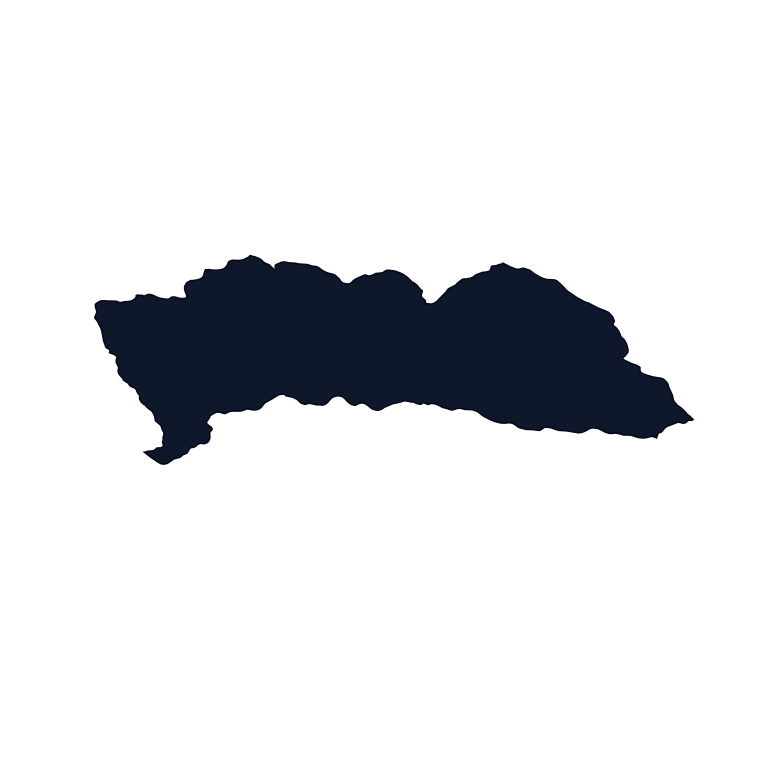 the district of Capitanejo, Santander, Colombia, rotated 295°
{"feature_id": "7082276B5259246085028", "entity_name": "Capitanejo", "entity_type": "district", "adm_level": 2, "iso_a3": "COL", "parent_name": "Colombia", "parent_adm1": "Santander", "projection": "equal_earth", "projection_center": [-72.675, 6.515], "detail": "fine", "context": "isolated", "style": "filled", "palette": "ink", "viewbox_px": 768, "rotation_deg": 295, "n_neighbors": 0, "source": "geoboundaries", "source_scale": "gbopen_adm2", "svg_char_len": 6156}
<svg xmlns="http://www.w3.org/2000/svg" viewBox="0 0 768 768"><g transform="rotate(295 384 384)"><path d="M397.9,505.9L399.5,509.9L401.7,513.6L402.5,516.0L402.7,517.9L402.5,520.1L401.6,524.2L401.8,526.4L402.9,531.9L405.8,538.8L407.0,542.9L407.6,544.5L408.6,545.4L412.2,547.5L413.3,549.0L414.1,551.1L414.9,553.8L415.5,560.1L416.0,562.5L418.6,569.0L422.0,581.0L423.7,583.7L426.5,586.4L430.7,589.3L432.7,592.1L434.0,596.5L434.2,598.4L433.9,605.0L434.4,608.8L435.5,611.5L437.3,614.4L438.3,617.9L439.0,622.7L441.2,627.4L442.1,630.4L442.7,635.3L443.3,638.3L444.4,641.2L445.8,643.9L448.9,647.6L449.9,649.5L450.3,651.7L450.3,653.8L454.3,653.3L456.1,653.7L457.4,655.5L459.1,656.2L462.3,656.9L464.8,658.1L473.4,666.3L473.8,667.0L474.8,671.2L475.5,672.8L476.6,673.8L478.8,674.7L479.9,675.5L481.3,678.4L482.4,679.2L484.2,674.3L484.6,671.7L485.6,669.9L487.4,665.0L488.2,662.0L488.6,659.0L489.8,656.2L491.2,653.8L492.3,652.6L495.5,650.3L501.4,643.4L504.1,641.1L505.2,639.0L506.3,636.3L506.5,635.0L506.4,632.9L504.2,625.4L503.7,622.6L502.9,616.7L502.8,613.4L503.1,611.8L504.2,610.5L504.7,610.0L506.9,609.2L507.5,608.1L507.7,604.7L507.1,599.2L507.2,592.2L507.5,589.0L512.0,590.8L515.5,591.6L517.9,590.9L521.1,588.4L523.2,586.4L525.2,583.6L526.1,581.7L526.5,579.9L527.2,578.5L530.3,575.4L531.4,573.8L533.2,570.3L533.8,567.4L534.3,566.7L535.7,566.1L538.3,566.2L539.2,565.4L541.1,563.3L541.8,562.2L542.9,559.7L543.8,557.1L543.8,553.3L543.3,545.3L543.8,535.4L543.5,533.9L543.3,530.8L543.9,522.0L545.9,509.9L547.4,506.7L548.9,502.5L550.4,497.5L550.5,495.5L550.2,494.0L547.7,487.9L547.0,484.7L546.8,480.9L547.4,473.8L548.6,468.7L548.7,467.4L547.9,461.5L547.2,460.3L544.9,457.7L543.9,455.2L543.5,448.8L543.8,440.6L542.8,440.3L540.6,437.5L538.8,436.0L536.3,431.9L535.9,431.7L534.5,432.1L532.5,432.2L530.6,431.7L528.4,428.8L526.8,426.1L525.1,424.4L521.8,421.2L518.4,419.4L516.0,417.3L515.2,415.7L513.9,414.3L513.5,413.0L512.5,411.3L511.5,410.5L507.3,408.3L503.7,407.0L497.7,402.3L495.9,401.7L494.5,401.7L481.2,397.0L478.4,395.3L476.8,393.6L476.2,392.7L474.7,388.4L474.1,387.4L475.7,387.1L476.8,386.4L477.3,385.5L478.3,382.3L479.1,380.6L481.1,380.0L484.2,379.6L484.7,379.2L485.3,376.5L487.4,372.4L488.3,368.6L488.3,366.4L490.5,360.3L491.4,355.3L491.5,351.6L491.0,346.4L490.4,344.2L489.0,340.1L488.1,338.3L485.8,336.6L484.3,335.9L480.7,329.9L477.5,327.3L475.5,324.9L475.2,323.9L475.1,321.3L474.3,320.1L467.7,314.3L464.9,312.6L461.4,311.3L460.6,310.7L459.9,310.0L458.7,307.3L458.2,304.5L458.4,302.3L460.4,298.8L461.9,293.9L461.9,291.3L461.2,288.3L460.7,284.4L460.9,280.0L461.9,275.2L461.9,273.6L461.6,272.2L460.8,270.2L460.2,267.1L459.9,264.1L456.9,256.4L455.8,252.0L453.6,246.6L452.7,242.5L451.3,240.0L446.7,235.8L445.7,235.4L445.0,235.5L443.9,236.0L442.2,237.5L441.7,237.5L441.4,237.1L441.6,235.8L442.5,232.3L443.4,230.3L443.5,228.8L443.3,225.3L443.6,223.2L444.9,219.6L444.9,216.2L444.7,213.7L443.8,208.4L442.1,207.9L441.1,207.2L437.2,204.0L436.4,203.1L434.4,199.8L432.1,194.3L430.4,192.5L429.1,191.6L425.4,191.7L423.8,191.4L422.0,190.8L420.7,190.1L419.5,188.8L417.3,185.9L415.0,181.1L413.6,176.8L412.2,174.1L410.7,173.9L405.2,174.8L402.6,173.9L400.2,171.7L398.0,168.7L395.9,165.0L392.7,162.5L391.6,162.3L389.2,162.1L386.7,162.6L384.3,164.3L380.7,168.0L379.4,168.5L378.3,168.2L377.6,167.6L375.8,164.2L375.2,162.3L374.6,158.4L373.8,156.1L373.4,155.4L372.2,154.3L370.7,153.6L369.9,152.9L368.8,150.9L367.6,146.8L366.8,143.1L366.8,137.7L366.7,136.0L366.2,133.7L365.0,131.8L362.8,130.0L361.8,128.7L362.3,128.5L362.3,127.8L360.3,122.8L359.5,122.1L359.0,122.5L357.4,122.6L355.2,121.9L353.0,120.4L351.4,118.7L348.8,114.0L346.7,111.3L346.2,110.0L345.9,106.5L343.0,99.6L342.4,98.6L341.3,95.5L340.0,92.9L338.5,91.2L337.6,90.6L335.3,89.1L334.0,88.8L331.3,90.4L328.7,92.8L327.4,93.4L322.5,93.7L321.4,94.3L320.6,96.2L319.6,97.9L315.3,103.4L313.2,105.6L304.8,111.5L300.0,116.2L299.5,117.4L299.4,120.1L299.1,120.8L298.5,121.5L296.7,121.8L296.4,122.5L296.8,127.9L295.7,130.4L295.1,130.8L293.1,131.1L291.5,131.7L289.6,133.0L287.7,135.7L286.9,136.4L282.8,137.9L281.5,139.1L280.1,141.4L278.9,144.6L278.4,145.4L277.5,146.0L276.8,150.0L276.7,151.8L275.4,153.8L274.9,155.2L275.0,159.4L274.7,161.0L274.2,161.9L272.0,164.2L270.4,167.2L266.9,169.0L265.0,171.6L264.0,174.8L263.9,176.7L262.6,179.4L261.4,185.1L259.1,188.4L257.5,190.0L254.1,192.4L252.3,198.9L250.8,200.8L249.6,201.6L247.3,204.6L245.9,205.7L241.6,206.6L239.8,207.7L237.9,207.8L235.3,209.9L234.1,210.2L233.4,210.1L231.9,208.9L230.1,205.4L226.6,203.7L225.4,202.2L223.4,198.7L220.9,195.6L219.1,203.5L217.8,211.4L217.5,215.0L217.6,216.3L218.5,218.7L220.6,221.3L227.1,225.0L230.8,229.4L232.0,230.4L234.9,231.7L238.0,234.6L243.4,235.2L244.5,235.7L246.4,238.4L247.9,239.7L249.3,240.0L251.5,241.4L252.6,242.7L254.1,246.6L255.6,248.1L257.9,249.2L260.1,249.2L262.6,248.6L265.0,247.1L266.2,246.5L270.2,247.4L271.0,246.9L271.9,245.5L272.3,242.7L273.0,240.5L273.7,239.6L274.4,239.3L275.3,239.2L278.9,240.0L281.8,239.9L283.7,240.9L286.3,242.9L288.0,244.5L289.0,247.0L289.8,252.3L293.5,255.4L294.9,257.2L296.9,261.1L298.0,263.7L299.4,266.2L303.0,269.8L303.9,271.3L305.3,276.8L306.5,279.0L307.8,280.6L309.4,281.8L311.4,282.7L315.4,283.6L316.9,284.2L322.2,288.1L329.5,292.9L331.1,294.9L332.4,297.5L332.6,299.7L331.9,300.1L333.5,307.2L333.3,311.5L332.8,313.5L331.9,315.9L331.7,317.1L331.7,318.0L332.2,321.0L332.4,321.5L334.7,323.9L335.6,326.8L336.7,331.9L338.2,335.0L338.6,336.7L339.9,338.5L341.6,339.8L343.6,340.7L348.7,342.2L350.6,343.3L352.7,345.5L353.7,347.0L354.8,350.1L354.8,352.7L354.0,355.3L352.3,359.2L351.7,362.6L351.8,363.8L352.0,365.5L352.5,366.9L356.2,370.0L357.8,372.4L358.2,375.2L358.1,376.1L357.9,377.7L356.7,382.5L356.5,383.9L356.9,387.4L357.6,389.5L359.3,391.8L363.2,394.3L369.9,400.3L374.8,406.8L376.7,408.6L377.7,410.2L378.8,414.0L379.1,416.1L379.9,417.7L380.2,419.2L380.1,422.0L380.8,425.1L381.4,426.2L383.3,427.3L383.8,428.3L384.0,432.4L386.4,435.2L387.5,438.3L387.8,440.8L387.6,447.1L388.4,451.3L388.7,455.3L389.2,456.6L390.6,458.5L392.0,459.8L393.4,461.7L394.2,463.1L395.3,468.5L398.0,474.7L398.4,478.0L398.5,480.4L397.3,485.7L396.8,489.0L396.6,496.5L396.9,500.6L397.9,505.9Z" fill="#0f172a" stroke="#020617" stroke-width="1.5"/></g></svg>